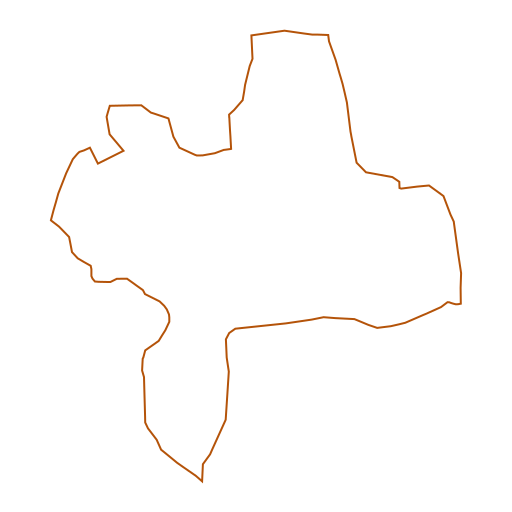 Hays, Al Hudaydah, Yemen
{"feature_id": "15242507B23661917867997", "entity_name": "Hays", "entity_type": "district", "adm_level": 2, "iso_a3": "YEM", "parent_name": "Yemen", "parent_adm1": "Al Hudaydah", "projection": "natural_earth1", "projection_center": [43.487, 13.93], "detail": "fine", "context": "isolated", "style": "outline", "palette": "amber", "viewbox_px": 512, "rotation_deg": 0, "n_neighbors": 0, "source": "geoboundaries", "source_scale": "gbopen_adm2", "svg_char_len": 2214}
<svg xmlns="http://www.w3.org/2000/svg" viewBox="0 0 512 512"><path d="M460.8,303.7L460.6,287.9L461.1,273.1L458.1,253.3L453.9,222.7L453.8,221.7L452.7,219.3L450.5,214.6L443.5,196.1L443.0,195.7L442.6,195.4L442.2,195.1L429.0,185.5L420.3,186.3L417.1,186.6L401.2,188.6L399.5,188.0L399.3,181.8L397.0,180.2L392.4,177.1L366.0,172.3L356.6,162.7L351.2,135.5L351.2,135.2L350.5,131.6L346.9,102.5L344.5,92.0L342.6,84.0L340.9,78.1L339.8,74.5L339.7,74.2L335.6,59.8L329.0,41.3L328.2,35.0L317.5,34.6L316.5,34.6L312.3,34.6L304.0,33.5L284.5,30.7L251.4,35.4L252.5,58.8L249.7,66.1L245.1,84.8L244.1,91.8L242.7,99.9L242.7,100.1L234.1,110.0L229.1,114.6L229.2,117.3L229.3,117.4L230.0,130.2L230.4,136.1L231.1,148.9L230.7,149.0L224.8,149.8L223.8,149.9L214.9,153.2L202.6,155.4L196.9,155.5L194.9,154.8L180.1,148.0L179.4,147.7L173.4,136.7L168.9,120.1L168.9,119.9L168.4,118.4L153.8,113.5L150.9,112.6L141.3,105.3L129.6,105.4L109.8,105.8L107.7,112.9L106.6,116.8L109.6,134.3L123.5,150.8L111.3,156.9L97.9,163.6L89.9,147.7L84.0,150.4L83.1,150.7L79.4,151.9L77.7,153.5L76.8,154.5L72.8,159.2L66.2,173.2L58.3,193.5L55.6,203.2L55.5,203.5L53.5,210.4L52.6,213.8L50.9,220.3L51.1,220.5L59.0,226.6L69.1,237.0L70.6,244.7L72.0,252.1L77.7,258.3L84.1,262.1L90.7,265.8L90.9,266.8L91.4,269.1L91.4,272.2L91.4,276.1L92.5,278.6L94.9,281.5L98.4,281.8L107.9,282.0L110.4,282.0L116.8,278.8L127.0,278.7L134.0,283.7L135.9,285.1L142.9,290.1L143.4,291.0L145.0,294.1L159.6,301.4L164.2,305.8L166.8,309.4L169.0,314.5L169.3,317.4L169.3,321.8L165.3,330.3L162.0,335.5L158.7,340.9L149.6,347.3L145.2,350.4L145.0,351.2L143.3,357.6L143.2,357.7L142.7,358.7L142.1,370.5L144.0,377.1L144.4,392.0L145.1,416.9L145.2,422.5L148.0,428.4L156.7,439.8L161.1,449.7L162.6,450.9L170.7,457.5L177.0,462.7L183.1,467.0L195.8,475.8L202.1,481.3L202.9,464.2L210.1,454.3L212.2,449.5L225.4,420.4L225.7,419.6L227.4,393.5L228.8,371.6L226.7,357.5L225.9,339.3L229.2,333.0L235.3,328.7L285.8,323.4L311.7,319.6L323.6,317.2L335.1,318.1L354.4,319.1L358.8,320.9L368.4,324.9L377.2,327.9L379.5,327.6L390.8,326.2L399.1,324.3L403.9,323.1L405.2,322.8L423.2,315.0L425.4,314.1L441.0,307.1L447.5,302.2L449.3,302.3L451.1,303.0L453.4,303.7L455.9,304.3L458.1,304.2L460.8,303.7Z" fill="none" stroke="#b45309" stroke-width="2"/></svg>